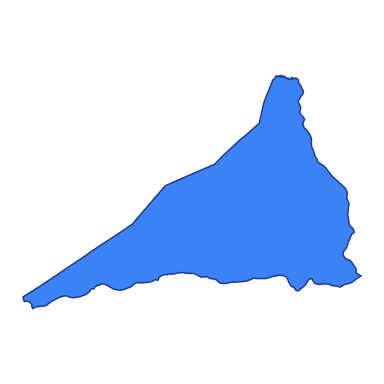 the district of Luangwa, Lusaka, Zambia
{"feature_id": "96606910B48730551364911", "entity_name": "Luangwa", "entity_type": "district", "adm_level": 2, "iso_a3": "ZMB", "parent_name": "Zambia", "parent_adm1": "Lusaka", "projection": "albers", "projection_center": [30.16, -15.353], "detail": "fine", "context": "isolated", "style": "filled", "palette": "blue", "viewbox_px": 384, "rotation_deg": 0, "n_neighbors": 0, "source": "geoboundaries", "source_scale": "gbopen_adm2", "svg_char_len": 5859}
<svg xmlns="http://www.w3.org/2000/svg" viewBox="0 0 384 384"><path d="M32.1,307.5L32.8,308.5L33.4,308.5L34.5,307.6L35.9,306.9L37.3,306.6L38.8,306.6L40.4,306.5L42.7,306.0L44.9,305.9L45.6,305.7L46.4,305.3L47.5,304.4L51.1,301.8L58.1,297.9L58.8,297.6L60.2,297.2L62.4,296.3L65.2,295.8L66.7,295.9L69.5,297.1L70.9,297.4L72.4,297.7L73.9,297.7L80.7,296.5L84.9,294.7L85.5,294.9L86.0,294.3L87.8,293.1L89.5,291.6L91.3,289.1L93.8,288.9L95.1,286.7L96.6,286.1L96.9,285.7L97.0,285.2L97.5,285.3L98.3,285.3L99.1,285.2L100.9,284.2L101.6,284.1L103.8,284.0L104.5,284.2L107.3,285.4L107.7,285.9L108.5,286.1L108.3,286.0L108.9,286.3L109.7,286.9L110.3,287.3L113.8,289.1L115.4,289.5L117.5,289.9L119.8,290.2L121.5,290.2L122.2,290.0L124.6,289.3L131.6,286.5L132.2,286.1L133.6,284.5L134.7,283.7L135.9,283.0L138.1,282.7L142.8,282.8L143.9,282.7L145.9,282.6L148.8,282.2L151.0,281.7L152.3,281.3L155.3,279.7L155.9,279.7L156.8,279.9L157.3,280.4L157.5,280.4L157.9,280.2L158.2,279.8L158.4,278.9L159.0,277.8L159.0,277.4L159.1,277.2L159.9,276.7L160.8,275.9L163.2,275.1L165.0,274.5L165.4,274.6L166.5,274.4L167.3,274.8L167.7,274.7L168.0,274.4L168.3,274.0L168.5,274.0L170.8,274.0L171.6,274.4L172.2,274.3L172.5,274.0L175.3,273.7L177.5,273.1L179.5,272.9L181.0,272.5L181.8,272.6L183.1,272.6L183.8,272.7L183.8,272.8L184.3,273.0L184.7,272.9L186.7,273.4L188.6,273.4L188.9,273.3L190.1,273.3L190.9,273.6L191.4,273.4L193.3,273.4L194.0,273.6L196.0,274.4L199.2,276.1L200.3,276.9L201.0,277.1L202.4,277.1L203.7,276.8L205.1,276.6L206.0,276.6L206.8,276.8L208.0,277.3L209.9,278.3L211.4,278.9L214.2,278.9L214.9,279.1L216.1,279.8L219.0,282.3L220.2,283.0L221.1,283.3L221.8,283.4L223.4,283.5L224.8,283.5L227.8,283.0L228.9,282.9L229.5,282.6L230.0,282.7L230.7,282.4L231.6,281.9L232.5,281.6L232.8,282.1L234.4,282.3L239.4,281.7L241.1,281.8L246.2,281.1L247.8,280.7L248.6,280.2L248.9,280.2L250.4,279.8L250.7,279.4L252.3,278.8L252.3,278.5L252.8,278.2L253.7,278.2L257.0,278.6L260.2,278.5L263.6,278.6L265.4,278.6L266.0,278.4L266.6,278.4L266.9,278.2L267.5,278.0L269.0,277.8L269.4,277.7L269.8,277.3L270.4,277.0L271.0,277.0L271.9,276.5L273.2,276.3L273.6,276.4L274.2,276.4L274.2,276.1L275.2,276.1L275.7,276.0L275.9,275.7L276.0,275.9L276.3,275.9L277.6,275.5L277.8,275.6L278.5,275.3L279.5,275.2L280.0,275.5L281.4,275.2L281.7,275.4L282.4,275.3L282.9,275.7L283.1,275.6L283.2,275.8L283.5,275.8L283.8,276.0L284.0,276.0L285.4,276.3L286.3,277.0L287.2,278.3L288.5,281.6L290.6,285.4L291.1,286.1L291.8,286.6L292.3,286.8L293.9,287.2L294.1,287.4L294.9,288.9L296.0,290.3L297.6,290.9L299.2,290.2L301.9,287.8L303.2,286.9L303.8,286.3L304.1,286.3L304.9,285.4L306.2,283.8L307.2,281.7L308.1,280.4L309.4,279.2L310.2,278.7L310.6,278.8L310.5,278.6L310.8,278.4L312.5,278.8L312.8,280.4L313.5,281.9L314.6,283.2L316.1,283.8L317.5,284.0L317.7,284.3L318.1,284.2L319.3,284.5L320.9,284.3L322.6,283.8L323.2,283.7L323.5,284.0L324.5,283.7L325.7,284.1L327.4,284.0L329.0,284.2L332.0,285.6L333.0,285.7L334.3,285.9L335.4,285.9L337.1,286.2L340.3,287.1L341.3,286.3L344.6,284.5L345.6,284.2L346.6,284.0L347.2,283.8L348.1,283.7L348.3,283.6L348.7,283.6L351.0,282.6L351.4,282.6L352.3,282.2L354.5,280.3L355.0,280.1L356.5,278.7L359.4,277.0L361.0,275.8L359.8,275.4L358.4,274.7L357.1,273.7L356.2,272.4L356.1,269.1L355.4,267.6L353.4,264.9L351.7,262.1L350.6,260.9L349.5,260.2L349.2,260.1L346.1,258.9L343.9,256.5L343.1,255.0L343.2,252.2L345.4,249.4L346.1,248.4L346.7,247.3L347.0,245.8L347.6,245.0L347.7,244.1L347.7,243.6L347.8,243.2L348.9,240.7L349.9,239.1L350.4,237.3L351.0,236.1L351.3,234.8L352.4,233.8L353.5,233.0L354.3,232.2L354.1,231.4L352.9,228.3L352.1,227.8L350.5,226.3L349.4,224.6L349.1,223.6L348.9,221.6L348.5,219.4L348.3,217.5L347.9,215.6L347.7,213.8L348.1,212.2L347.9,211.5L348.4,208.3L348.5,206.9L348.9,205.2L348.9,203.7L348.7,202.8L347.7,200.9L346.8,197.6L346.7,196.3L347.3,194.3L347.3,192.9L346.5,190.7L345.2,188.3L344.5,187.5L331.8,175.8L329.2,172.3L327.7,170.5L326.1,168.2L325.2,167.2L323.3,165.6L322.1,164.8L319.8,163.4L317.9,161.8L317.3,161.0L317.3,159.7L317.2,159.4L315.7,157.4L315.1,156.3L314.8,155.5L314.5,153.7L314.0,152.2L312.7,149.3L312.2,147.9L311.6,146.7L311.4,143.9L311.4,141.4L311.5,139.5L310.8,136.9L309.5,134.0L308.8,132.9L307.9,131.7L307.8,131.2L303.8,127.4L303.7,125.8L303.1,124.7L303.0,123.1L303.3,122.1L304.3,120.1L304.4,119.7L304.4,118.8L302.9,116.7L300.5,113.9L300.2,113.1L300.0,111.7L300.1,110.6L300.4,109.5L300.7,108.1L300.6,107.1L300.1,105.7L298.9,103.4L298.2,102.4L298.2,102.0L298.9,100.1L299.9,98.4L300.3,97.6L300.7,97.0L301.1,95.7L301.9,95.3L302.6,94.3L303.1,93.3L303.4,92.5L303.4,91.9L303.2,91.5L303.3,91.0L303.1,90.6L302.8,90.0L302.2,89.3L301.7,87.8L301.5,87.5L300.3,84.9L298.9,83.5L298.6,82.9L298.5,81.7L298.6,81.0L298.4,80.2L297.7,79.1L297.4,79.2L297.2,78.8L296.7,78.4L296.1,78.5L295.7,78.2L295.3,78.5L294.9,78.6L294.4,78.4L294.0,78.0L293.7,78.2L293.7,78.6L293.3,78.7L292.4,77.8L291.9,77.8L291.6,77.6L291.8,78.6L291.8,79.3L291.6,79.3L291.2,78.9L290.7,78.9L290.4,79.3L289.9,78.9L289.3,79.1L288.9,78.6L288.6,78.6L288.5,79.1L288.4,79.2L288.1,79.2L288.3,78.8L288.1,78.6L288.1,78.1L286.1,78.2L286.0,77.9L285.7,77.8L285.8,77.4L285.6,77.2L285.3,77.1L284.9,77.7L284.7,77.5L284.5,77.1L284.5,76.7L284.4,76.4L284.0,76.2L283.8,76.2L283.7,76.9L282.8,76.3L282.0,76.2L281.8,75.5L281.6,75.5L281.1,75.7L281.2,76.0L281.5,76.2L281.7,76.7L281.4,76.8L280.9,76.5L280.3,77.2L279.9,76.5L280.0,76.1L279.9,76.0L279.4,75.8L279.2,76.1L279.3,76.4L279.1,76.5L278.5,76.3L278.1,76.4L278.1,76.2L277.2,76.2L276.9,75.9L276.6,75.8L276.2,76.0L273.6,79.8L272.9,79.8L263.7,103.1L259.3,123.0L258.5,124.0L247.0,134.1L240.3,139.6L230.6,148.5L223.2,155.5L214.6,164.3L181.8,178.4L165.1,185.8L132.5,223.9L122.2,231.1L90.5,251.9L89.2,253.1L39.0,286.9L23.0,296.9L23.4,298.0L23.2,298.6L24.3,301.6L25.1,301.3L25.6,301.3L26.8,301.0L28.7,301.9L29.3,301.9L29.9,302.0L30.7,303.5L31.8,304.4L32.0,304.8L31.7,305.9L32.0,306.8L32.1,307.5Z" fill="#3b82f6" stroke="#1e3a8a" stroke-width="1.5"/></svg>